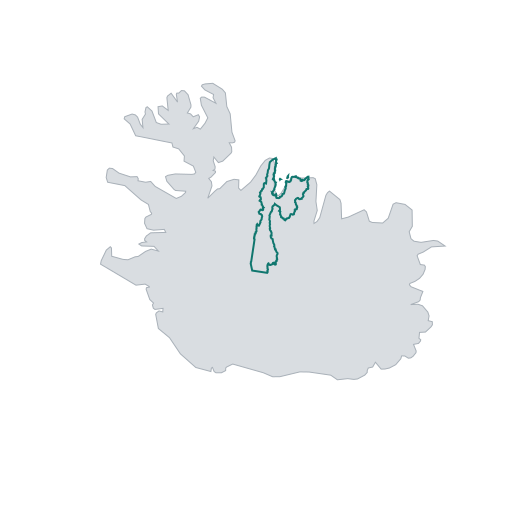 Sveitarfélagið Skagafjörðu, Norðurland vestra, Iceland shown in context, rotated 34°
{"feature_id": "244011B28940040244957", "entity_name": "Sveitarfélagið Skagafjörðu", "entity_type": "district", "adm_level": 2, "iso_a3": "ISL", "parent_name": "Iceland", "parent_adm1": "Norðurland vestra", "projection": "mercator", "projection_center": [-19.345, 65.497], "detail": "fine", "context": "in_parent", "style": "outline", "palette": "teal", "viewbox_px": 512, "rotation_deg": 34, "n_neighbors": 0, "source": "geoboundaries", "source_scale": "gbopen_adm2", "svg_char_len": 9679}
<svg xmlns="http://www.w3.org/2000/svg" viewBox="0 0 512 512"><g transform="rotate(34 256 256)"><path d="M374.8,155.0L378.7,155.4L385.2,152.4L394.4,143.9L398.3,142.0L407.2,142.0L396.4,150.3L392.4,159.3L389.4,163.8L389.4,165.7L397.0,171.2L400.7,169.4L402.3,170.1L403.7,172.6L404.7,177.7L404.1,183.0L401.9,188.3L398.9,192.7L399.3,194.1L401.7,194.8L414.2,192.1L415.6,198.6L416.7,200.7L416.4,202.9L411.4,209.8L417.3,205.4L421.9,204.2L429.8,206.4L433.0,208.9L434.9,213.3L438.9,211.9L440.7,214.4L440.7,217.0L439.0,224.3L434.3,227.9L437.1,233.1L439.4,233.3L439.9,234.5L439.6,237.6L436.0,241.2L441.9,245.2L442.7,246.7L442.3,251.3L441.3,253.9L439.5,255.5L435.2,255.7L432.6,257.4L433.5,260.2L432.6,268.0L429.2,274.3L426.1,277.6L423.0,279.8L414.4,277.3L414.8,282.8L411.7,286.1L412.3,288.9L413.3,290.3L412.8,293.9L408.9,301.2L406.1,303.6L400.6,306.4L392.7,313.1L384.6,313.0L364.9,322.5L357.1,327.6L343.2,342.8L337.3,346.8L327.3,348.7L297.1,358.6L293.7,364.5L293.5,365.7L294.9,368.0L292.6,372.2L288.1,375.2L285.9,375.2L282.2,372.7L281.7,373.9L283.2,377.0L268.4,382.1L248.0,379.4L230.0,372.1L215.6,370.7L205.5,360.5L205.2,358.9L206.3,355.8L210.0,354.5L208.2,351.4L202.1,356.8L200.1,356.7L197.5,354.5L197.4,352.3L192.3,351.5L183.5,345.0L182.9,343.5L185.0,341.4L184.6,341.0L179.8,341.3L172.8,347.3L131.7,349.7L130.3,346.5L128.6,334.8L130.0,329.8L131.7,330.2L136.5,336.9L147.6,333.2L152.0,330.7L156.2,324.3L158.6,322.2L161.9,313.9L165.3,308.9L172.3,306.5L166.1,305.0L155.6,311.6L152.2,311.6L153.8,308.7L157.4,305.5L154.9,305.3L154.0,303.8L153.9,300.7L155.7,295.7L168.0,286.9L165.1,285.2L156.6,291.9L150.4,294.3L145.3,291.2L142.9,287.0L143.0,285.2L146.0,279.9L145.5,278.8L143.5,278.3L138.0,273.4L129.3,273.8L107.9,271.0L91.8,277.8L87.9,274.7L84.7,267.9L85.3,265.2L88.2,263.7L96.1,263.9L107.7,260.6L113.0,256.7L115.1,257.7L116.1,259.6L123.2,256.6L127.0,253.1L133.5,254.7L157.7,252.9L160.8,248.2L162.1,242.7L161.5,241.6L152.6,246.7L150.6,246.6L140.3,243.9L136.6,240.8L137.8,238.4L143.2,233.1L157.2,224.2L159.1,222.4L159.3,220.3L153.8,216.5L143.3,217.6L140.7,213.1L132.0,210.4L126.2,212.1L123.1,209.3L89.0,223.6L77.9,217.0L70.0,216.0L69.3,213.9L73.9,207.6L77.1,206.5L80.2,207.1L86.3,211.4L90.5,212.8L85.2,206.4L85.0,200.2L83.4,198.6L81.8,194.5L82.4,193.1L88.7,194.0L98.7,201.1L103.6,199.9L110.0,195.3L95.7,192.7L91.3,187.0L94.4,184.0L101.8,184.4L93.6,174.6L93.2,172.9L94.6,168.5L104.9,172.3L99.5,166.5L99.3,165.2L100.9,164.1L101.7,160.5L104.3,159.1L109.5,160.3L117.6,167.1L118.8,169.0L119.1,175.8L122.3,174.8L126.1,175.7L129.2,171.1L131.4,172.2L133.1,176.3L132.9,185.5L135.1,182.3L138.9,182.0L139.5,174.5L138.8,168.4L126.4,161.5L121.6,156.4L122.1,154.6L124.5,153.1L137.4,151.8L131.9,148.8L130.5,145.8L120.7,146.9L115.8,145.7L115.7,144.1L117.6,141.8L123.6,137.0L134.9,136.6L139.4,137.9L148.2,148.4L155.1,152.6L166.8,166.8L174.3,172.2L174.6,173.6L173.4,175.2L170.5,177.1L174.9,179.5L177.6,183.1L177.8,184.7L175.4,195.9L172.6,199.6L165.7,197.5L167.3,201.0L172.2,204.8L173.4,206.9L172.6,209.0L175.0,208.3L175.7,209.5L174.6,215.8L173.4,218.1L177.5,219.4L180.3,222.5L183.7,235.1L185.6,225.4L186.6,221.9L188.3,220.5L190.2,210.6L194.9,204.7L199.2,202.5L203.6,209.4L206.8,210.1L210.2,197.8L210.6,188.8L209.6,178.7L210.2,171.5L212.4,167.2L215.3,165.9L221.5,170.2L226.7,180.2L234.4,191.0L239.8,193.8L240.8,193.4L241.7,189.9L241.0,175.6L243.5,168.0L249.9,166.1L259.6,159.1L261.9,158.8L266.6,162.9L275.2,177.3L281.3,184.0L284.5,194.6L285.9,196.6L287.3,193.3L287.4,188.6L280.0,166.5L279.9,163.5L280.6,161.1L294.0,162.3L297.0,164.7L306.2,177.3L310.7,172.2L319.8,157.2L322.9,157.7L330.5,163.8L333.6,163.2L342.6,157.8L344.5,150.8L340.7,136.4L342.3,133.5L350.7,129.9L359.7,130.6L369.0,144.0L369.4,150.2L374.8,155.0Z" fill="#d9dde1" stroke="#a8b0b8" stroke-width="1"/><path d="M261.9,183.1L261.5,182.5L261.9,181.4L261.9,179.8L260.3,178.5L260.3,178.1L259.9,176.9L260.0,176.7L260.4,176.5L260.2,176.1L260.3,175.4L260.8,173.4L260.4,172.4L260.7,172.0L261.7,171.2L261.5,170.6L259.9,169.3L260.2,168.5L259.6,167.8L258.9,167.7L258.7,167.2L258.4,166.8L257.5,166.5L257.4,166.2L257.5,166.0L256.9,165.6L256.8,165.3L256.5,164.8L256.6,164.2L256.4,163.7L256.8,163.0L256.1,162.4L255.1,160.9L254.7,161.2L254.4,161.8L254.3,162.6L254.0,163.3L254.0,163.8L253.6,164.6L253.8,165.1L253.5,165.6L253.6,166.1L252.7,166.9L251.9,166.9L251.8,167.2L252.2,167.9L251.7,168.5L250.8,168.6L250.4,168.0L250.2,167.5L249.3,167.3L247.8,167.9L247.4,167.7L247.3,167.9L246.6,168.0L245.5,167.9L244.9,168.3L244.4,167.7L243.4,169.1L242.1,169.8L241.6,170.4L241.6,170.9L241.8,171.9L242.6,173.3L242.8,174.9L242.2,176.1L240.6,176.7L239.6,176.6L239.1,177.2L239.2,177.3L239.2,177.8L239.4,178.3L240.4,178.9L241.1,180.0L241.4,180.7L241.6,180.8L241.6,181.1L241.8,181.3L241.6,181.7L242.0,182.1L241.8,182.5L242.9,183.5L243.2,185.5L244.1,187.9L244.3,188.7L243.3,189.9L243.9,191.1L243.8,192.4L242.9,193.4L243.1,193.6L243.0,194.7L242.5,195.3L240.5,196.4L240.1,196.2L239.9,195.8L239.4,195.4L239.0,194.9L238.9,194.4L238.0,193.5L237.6,194.3L237.7,195.3L237.4,195.4L236.5,195.8L235.5,195.8L234.4,195.2L234.4,194.9L234.5,194.7L234.4,194.7L234.7,194.9L234.8,194.6L234.0,194.0L233.8,193.7L233.9,192.9L234.0,192.7L233.9,192.2L234.0,190.4L233.5,190.0L233.4,189.4L233.3,189.1L233.2,188.5L233.1,188.1L233.1,187.6L232.9,187.4L232.7,186.7L232.4,186.1L232.5,185.9L231.5,184.8L231.4,184.0L230.9,184.2L230.2,183.9L229.1,183.2L228.2,182.4L227.9,183.0L227.0,182.9L226.8,181.8L226.9,181.1L226.4,179.7L226.0,179.7L225.7,179.1L225.1,178.9L225.1,178.3L224.5,177.5L224.7,177.0L225.2,177.0L225.2,176.6L224.8,176.5L224.6,175.8L224.3,175.2L224.3,174.8L224.1,174.8L224.0,174.4L223.6,174.2L223.6,173.8L223.3,173.7L222.8,173.1L222.7,172.1L222.2,171.8L222.3,171.4L221.8,170.9L221.9,170.7L222.0,170.4L221.9,170.2L222.0,170.1L221.5,169.4L221.1,169.1L221.2,168.7L220.9,168.0L221.2,167.5L220.1,167.1L219.7,166.2L219.5,165.9L219.1,165.5L219.3,164.8L219.1,164.3L218.8,164.3L218.8,164.7L218.5,164.8L217.6,164.6L217.5,164.2L217.1,164.8L215.9,167.0L215.0,170.5L216.1,173.0L217.6,175.7L217.9,176.7L217.9,177.6L218.0,178.3L219.2,180.6L219.6,182.1L219.9,182.6L220.7,183.2L220.6,185.6L221.0,185.6L221.1,186.0L221.5,186.6L222.3,187.4L223.8,190.3L222.4,190.7L222.2,190.9L222.2,191.9L224.1,194.8L224.0,195.3L224.2,196.5L223.7,197.1L224.3,198.7L223.8,199.4L224.0,200.5L223.8,201.2L224.0,201.4L224.5,201.4L224.9,202.2L225.3,203.5L225.3,204.5L225.7,204.5L225.9,204.9L227.0,204.7L228.3,206.1L228.4,206.8L228.0,207.4L228.1,207.8L228.1,208.2L230.1,208.2L231.5,209.4L231.9,210.2L232.3,210.1L232.9,210.6L234.0,211.0L234.3,211.6L235.3,211.6L235.1,212.6L236.0,213.5L236.1,213.8L236.0,214.1L235.6,214.5L234.5,214.8L234.1,214.7L233.8,215.0L233.7,215.4L233.9,215.9L233.6,218.0L235.2,219.1L236.5,218.5L236.9,218.8L237.9,218.7L239.0,219.7L239.5,221.3L240.1,222.3L240.2,223.3L240.0,224.2L240.5,225.4L240.9,225.6L241.5,229.2L240.8,229.6L239.2,228.9L239.2,229.4L239.3,229.6L239.2,229.9L239.8,230.8L240.1,231.6L241.0,232.6L241.0,233.0L241.6,234.0L242.6,235.2L242.6,235.6L242.6,236.1L242.3,236.4L242.3,236.6L242.8,236.9L242.9,237.0L243.1,237.7L243.0,237.9L243.0,238.3L242.8,238.3L242.7,238.5L243.2,239.1L243.1,239.3L243.6,240.2L243.8,240.6L243.7,240.7L243.9,241.0L243.9,241.4L244.3,241.7L244.5,242.1L244.4,242.4L244.6,242.7L245.1,243.0L245.5,243.0L255.1,263.2L255.1,263.9L255.7,264.6L255.8,265.2L261.0,270.2L274.3,263.9L274.3,263.4L274.7,263.4L274.7,263.0L274.5,262.5L273.7,262.0L273.6,260.7L273.3,260.3L272.6,260.1L272.3,259.4L271.4,258.6L271.3,258.1L270.6,257.3L270.8,256.8L270.4,256.2L270.3,255.5L270.5,255.1L270.9,255.3L271.1,255.7L272.0,255.9L272.9,255.4L272.9,255.2L273.5,254.7L274.2,253.6L274.0,253.3L273.9,252.3L274.4,251.7L274.9,252.6L275.5,252.4L276.2,252.6L276.8,252.4L277.1,252.0L277.0,251.5L276.6,251.4L275.9,250.4L275.8,249.7L275.8,249.4L275.4,248.6L275.7,248.4L275.5,248.2L275.5,247.8L275.6,247.2L275.3,247.0L275.2,246.7L274.9,246.4L274.8,246.2L274.4,246.1L274.3,245.7L273.2,244.6L272.8,243.7L272.7,242.2L272.2,241.5L270.5,241.1L268.5,239.5L268.1,239.9L266.2,238.1L265.6,237.9L265.5,237.3L264.8,236.4L263.2,235.6L261.3,233.8L260.5,232.8L260.2,232.6L258.9,232.8L257.5,231.9L256.7,230.7L256.8,230.5L257.4,230.2L256.8,229.5L256.0,228.1L255.0,227.4L254.7,227.4L254.4,227.0L253.2,226.7L252.3,225.9L252.3,225.5L252.1,225.4L252.1,224.9L250.9,223.9L250.1,222.7L250.0,222.2L249.9,221.8L248.9,221.0L248.7,220.7L248.6,220.1L248.0,219.2L246.7,218.4L246.4,217.9L246.0,216.8L245.6,216.4L245.4,215.7L244.5,215.0L244.0,212.2L243.8,211.6L243.8,211.1L244.1,210.6L244.0,209.9L244.0,209.6L243.7,209.3L243.4,207.6L242.6,207.1L242.0,205.7L242.2,204.9L242.3,204.8L242.3,204.5L242.5,204.1L242.5,203.7L242.7,202.8L242.5,202.3L244.3,202.5L248.4,202.3L248.9,202.7L250.2,204.5L250.2,204.8L249.9,205.4L249.9,205.7L251.3,205.6L251.6,206.5L252.7,207.7L252.8,208.2L253.5,208.3L254.7,209.2L255.1,209.8L255.4,209.8L256.2,209.4L257.1,209.9L257.9,209.4L259.4,210.2L260.3,210.1L260.4,209.2L260.2,208.7L260.6,208.3L260.5,207.7L262.0,206.1L261.8,205.8L262.0,205.3L262.1,204.5L261.8,204.0L261.3,202.0L262.2,201.3L263.3,201.2L263.5,200.7L263.9,200.6L264.1,200.3L264.1,200.0L263.6,199.3L263.3,198.2L263.2,197.8L263.3,197.2L262.4,196.3L262.9,195.5L262.6,195.2L263.6,194.4L263.5,194.0L263.1,193.2L262.7,193.0L262.6,192.8L262.8,192.4L262.3,192.1L262.2,191.7L261.4,191.6L260.6,190.9L260.2,190.9L259.2,189.7L258.3,189.6L257.9,188.7L257.2,188.1L257.1,187.7L257.3,187.2L257.2,186.4L257.4,185.8L258.1,184.5L258.7,184.3L259.5,184.7L260.5,184.5L260.8,184.2L261.0,183.8L261.9,183.1ZM238.7,174.6L238.5,174.3L238.6,174.1L238.5,173.4L238.6,172.8L238.1,172.4L237.9,171.8L237.8,171.6L237.7,172.3L238.1,173.0L238.2,173.9L238.7,174.6ZM233.3,178.6L233.0,178.6L233.0,178.8L232.8,178.8L232.8,179.0L233.1,179.2L233.1,178.8L233.3,178.6Z" fill="none" stroke="#0f766e" stroke-width="2"/></g></svg>